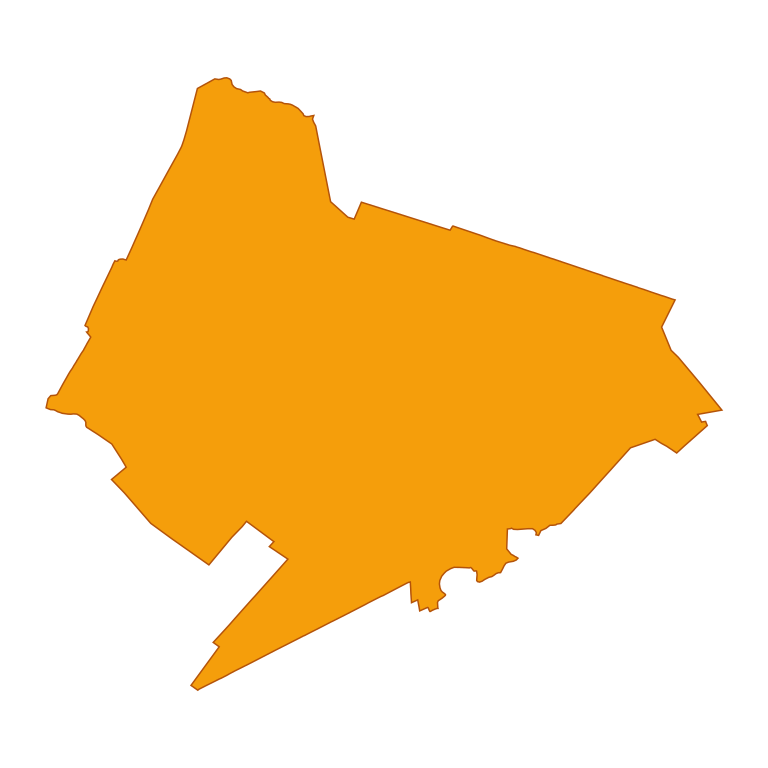 the district of Finta, Dâmbovita, Romania
{"feature_id": "2599482B9190756992949", "entity_name": "Finta", "entity_type": "district", "adm_level": 2, "iso_a3": "ROU", "parent_name": "Romania", "parent_adm1": "Dâmbovita", "projection": "robinson", "projection_center": [25.777, 44.797], "detail": "fine", "context": "isolated", "style": "filled", "palette": "amber", "viewbox_px": 768, "rotation_deg": 0, "n_neighbors": 0, "source": "geoboundaries", "source_scale": "gbopen_adm2", "svg_char_len": 5050}
<svg xmlns="http://www.w3.org/2000/svg" viewBox="0 0 768 768"><path d="M500.6,572.6L502.7,568.7L504.1,565.8L505.9,563.2L508.6,562.1L513.3,561.3L516.3,560.0L518.0,558.2L516.3,557.1L514.9,556.5L513.5,555.5L511.1,554.3L506.7,548.9L507.4,529.0L510.7,528.6L511.5,528.2L513.6,529.3L517.5,529.5L528.0,528.7L532.5,528.7L535.0,530.3L536.4,532.7L535.9,534.8L536.4,534.9L538.6,535.4L540.9,530.6L545.9,528.4L549.9,525.3L553.5,525.2L555.8,524.9L556.9,524.1L560.9,523.5L569.6,514.4L573.9,509.9L574.6,509.0L579.5,503.8L589.5,493.3L603.2,478.1L609.1,471.6L630.5,447.8L635.8,446.0L655.1,439.3L661.3,443.3L666.8,446.3L668.1,447.2L676.7,453.0L677.0,452.7L681.9,448.2L684.4,445.9L707.3,425.6L705.8,422.1L705.7,421.6L705.6,421.4L702.9,421.8L701.9,422.0L701.6,422.1L698.4,415.8L697.6,414.4L721.9,410.1L699.7,382.8L678.3,357.3L671.1,350.3L661.6,327.1L675.1,299.9L671.9,299.0L665.3,296.7L664.7,296.5L663.5,296.1L661.7,295.6L650.7,291.9L646.6,290.4L645.8,290.2L644.3,289.6L638.2,287.7L637.5,287.3L624.6,283.1L613.9,279.5L609.2,277.9L607.0,277.2L606.5,277.0L602.8,275.8L602.6,275.6L602.0,275.4L592.0,272.1L591.4,271.9L567.2,263.7L560.9,261.6L560.3,261.3L559.9,261.2L559.7,261.2L558.4,260.7L556.5,260.1L553.6,259.1L550.6,258.2L533.8,252.5L531.5,251.9L524.0,249.4L523.5,249.3L523.0,249.0L521.5,248.5L521.2,248.4L519.5,247.8L518.7,247.6L518.4,247.5L516.4,246.9L515.2,246.4L514.6,246.3L509.6,245.2L495.3,240.7L488.6,238.3L481.9,235.8L479.1,234.8L477.5,234.3L470.4,231.9L457.3,227.5L455.9,227.0L455.0,226.7L453.0,226.0L452.5,226.3L450.1,230.2L441.8,227.6L414.0,218.8L361.4,202.2L354.2,219.1L347.8,217.2L337.2,207.6L330.6,201.7L329.6,196.7L319.7,146.5L315.7,126.0L313.7,122.3L312.5,119.2L313.1,117.3L313.8,115.5L310.5,116.1L309.3,116.5L306.1,116.6L303.8,115.6L303.1,113.8L301.1,111.6L298.1,108.4L292.4,105.1L291.9,104.9L290.4,104.3L288.4,103.9L284.2,103.6L281.7,102.4L279.0,102.1L275.2,102.3L272.5,101.7L270.3,100.3L269.8,99.0L268.7,98.3L267.8,97.2L265.3,95.0L264.4,93.0L260.5,91.0L256.9,91.5L249.4,92.3L247.8,92.8L242.5,90.9L240.6,89.5L236.6,88.6L234.0,86.9L232.1,84.5L231.2,80.4L229.7,78.9L226.8,77.8L224.1,78.0L220.9,79.1L218.7,79.5L214.8,78.9L197.4,88.5L186.5,131.0L183.9,139.9L181.9,145.7L181.2,147.3L177.5,154.4L169.6,168.6L159.2,187.5L152.7,199.2L148.6,209.3L141.8,225.1L137.9,234.0L134.6,241.4L132.0,247.3L126.2,260.0L124.4,259.5L122.9,259.0L121.9,259.1L121.4,259.1L120.8,259.1L119.2,259.4L118.3,259.9L117.8,261.0L116.9,261.2L115.9,261.2L114.9,260.8L113.1,264.2L111.9,267.1L107.7,275.9L103.1,285.4L101.1,289.6L97.0,298.4L93.1,306.6L92.3,308.5L85.0,325.5L85.4,325.9L85.8,326.2L86.3,326.5L87.1,326.7L87.6,326.9L87.8,327.2L88.0,327.5L88.2,328.1L88.5,328.7L88.4,329.4L88.3,330.1L88.3,330.7L88.2,331.4L87.9,331.8L86.6,332.0L86.9,332.4L87.8,333.6L88.6,334.4L89.2,335.2L89.5,335.6L90.5,336.7L90.7,337.0L90.7,337.3L90.5,337.6L86.9,343.8L86.3,345.0L83.8,349.5L83.7,349.9L81.2,353.5L77.4,359.9L76.9,360.5L76.7,361.1L75.9,362.4L73.8,365.7L73.4,366.4L73.2,366.8L72.4,368.2L70.3,371.2L68.6,374.0L66.2,378.3L63.0,383.9L57.7,393.7L57.0,394.6L56.2,395.0L55.5,395.2L54.6,395.3L53.6,395.4L50.8,395.6L48.1,398.7L46.1,407.8L48.7,408.9L50.5,409.6L54.0,409.8L56.1,410.8L57.6,411.7L60.7,412.7L62.2,413.3L68.0,414.1L70.8,414.2L73.5,413.9L76.8,414.1L79.2,415.4L81.6,417.4L83.4,418.8L85.1,420.6L85.9,422.6L85.8,423.7L85.9,425.9L86.7,427.3L94.2,432.1L94.4,432.2L97.8,434.4L111.8,444.0L121.6,459.3L126.2,467.2L118.8,473.4L111.5,479.5L124.3,492.8L150.8,523.4L171.6,538.6L208.9,564.9L231.8,537.3L242.2,526.6L246.5,521.3L251.9,525.3L273.3,541.2L273.9,541.6L269.3,546.6L287.9,559.1L271.0,578.1L267.6,581.9L256.9,593.9L254.4,596.7L253.8,597.3L251.6,599.7L235.4,617.9L229.1,625.1L223.9,630.8L219.1,636.0L213.2,642.4L219.2,646.8L191.0,685.4L197.8,690.2L198.4,689.7L199.2,689.1L205.3,686.0L219.3,679.0L221.2,678.2L227.6,674.9L228.9,674.1L234.7,671.0L245.5,665.6L246.2,665.3L276.2,649.8L287.9,643.9L303.7,635.8L303.8,635.8L304.4,635.6L305.4,635.1L305.9,634.8L309.8,632.8L322.4,626.4L330.7,622.1L332.6,621.2L345.3,614.8L365.3,604.5L368.2,602.9L372.5,600.7L377.0,598.4L380.8,596.5L382.0,596.0L383.5,595.4L384.0,595.1L387.4,593.3L395.0,589.3L401.9,585.7L404.2,584.5L407.1,583.0L408.2,582.5L408.8,582.3L409.3,582.2L409.8,582.1L410.3,582.0L410.7,588.6L410.9,593.6L411.1,596.5L411.2,598.2L411.3,599.4L411.5,602.7L417.7,599.9L418.6,604.7L418.8,605.6L419.7,610.9L427.4,607.5L427.9,607.5L428.1,607.6L429.6,611.1L430.0,611.5L430.5,611.4L432.1,610.4L434.8,609.2L435.9,608.8L437.1,608.4L438.0,608.4L437.8,607.6L437.5,602.5L437.8,601.7L438.2,600.8L442.1,598.2L444.5,596.2L445.3,595.4L445.5,594.9L445.4,594.4L444.0,593.2L442.3,592.0L440.9,590.4L440.7,589.7L440.1,588.1L440.0,587.8L439.4,583.9L439.8,580.5L441.7,576.2L444.2,573.2L446.3,571.1L450.7,568.6L454.1,567.3L459.6,567.4L466.4,567.7L469.4,567.9L470.4,567.5L470.9,567.6L472.0,568.6L473.8,570.9L474.8,571.1L476.0,570.8L476.6,571.2L477.1,574.6L476.8,578.3L476.7,580.5L477.5,581.6L479.6,582.1L482.1,581.2L484.8,579.4L488.9,577.3L491.8,576.6L493.7,575.4L496.1,573.6L498.1,572.8L498.8,572.7L500.0,572.7L500.6,572.6Z" fill="#f59e0b" stroke="#b45309" stroke-width="1.5"/></svg>